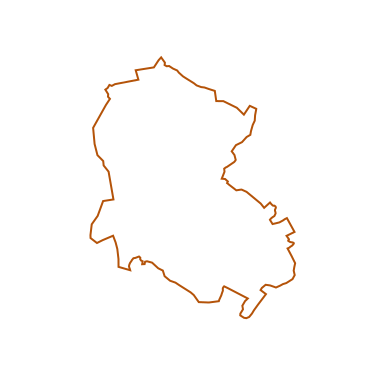 Bagwai, Kano, Nigeria (Mercator projection), rotated 222°
{"feature_id": "59680162B58679994750141", "entity_name": "Bagwai", "entity_type": "district", "adm_level": 2, "iso_a3": "NGA", "parent_name": "Nigeria", "parent_adm1": "Kano", "projection": "mercator", "projection_center": [8.095, 12.101], "detail": "fine", "context": "isolated", "style": "outline", "palette": "amber", "viewbox_px": 384, "rotation_deg": 222, "n_neighbors": 0, "source": "geoboundaries", "source_scale": "gbopen_adm2", "svg_char_len": 2569}
<svg xmlns="http://www.w3.org/2000/svg" viewBox="0 0 384 384"><g transform="rotate(222 192 192)"><path d="M206.7,294.5L205.2,284.2L215.0,284.6L229.5,280.5L234.8,275.8L242.7,282.4L248.4,279.8L252.7,278.0L255.4,276.1L259.9,274.3L263.3,274.1L273.0,272.4L276.1,271.9L281.7,271.9L284.3,272.4L288.7,271.0L293.3,270.3L295.0,268.5L297.3,268.0L298.7,270.0L305.0,271.4L305.0,267.6L303.7,259.1L315.3,244.8L307.0,239.6L321.4,220.6L322.6,217.2L325.0,216.3L324.3,212.8L324.9,210.1L319.7,208.6L318.2,206.6L315.3,206.3L314.2,199.1L308.4,173.5L296.5,162.5L286.9,156.1L278.7,155.6L275.4,152.6L267.6,151.3L245.4,133.9L252.0,125.8L246.1,111.1L244.9,100.9L238.6,92.0L236.6,89.9L228.5,90.5L226.2,96.4L222.8,103.7L221.4,106.7L215.0,103.4L209.4,99.7L201.8,93.0L196.5,87.2L185.6,92.5L186.7,93.2L187.9,93.8L189.2,94.7L190.0,96.2L190.6,98.0L190.8,99.9L191.1,101.3L191.2,103.6L190.0,105.1L188.2,108.6L186.5,108.6L185.5,107.4L184.0,107.0L182.3,107.5L180.7,105.0L179.0,106.7L180.2,108.8L179.1,110.4L174.4,112.8L166.1,112.7L161.1,114.1L156.0,111.1L148.9,111.4L143.6,113.6L139.3,114.2L125.8,116.5L121.7,116.6L113.3,114.7L105.5,121.2L99.0,128.8L99.7,130.3L100.2,132.0L100.6,133.2L101.0,134.6L101.6,135.9L102.3,137.5L103.0,139.3L103.9,140.2L104.7,141.1L105.0,142.2L105.0,143.4L100.8,144.6L79.3,150.2L79.4,148.4L79.6,146.5L78.5,141.3L78.5,141.2L75.6,138.9L74.7,134.0L73.6,132.6L69.2,133.3L67.2,134.6L65.9,137.4L66.1,141.8L66.8,145.4L67.0,147.1L67.6,152.7L68.7,165.6L75.4,165.0L75.9,167.4L75.2,172.3L71.5,174.8L67.2,176.6L65.7,177.2L63.8,181.5L62.8,184.4L61.0,187.4L59.0,194.5L60.1,199.0L63.8,201.6L65.7,204.6L67.7,208.1L75.0,211.0L83.2,214.0L82.4,215.9L82.3,217.2L81.8,218.7L81.7,220.0L81.8,221.6L82.0,222.0L82.5,222.2L83.3,221.9L83.9,221.6L84.9,220.9L86.0,220.4L86.7,220.3L87.4,220.1L87.8,220.1L88.1,220.4L88.1,220.9L88.2,221.6L88.5,221.8L88.9,221.9L92.4,222.7L89.1,230.9L104.0,236.1L104.9,233.8L105.3,231.9L106.7,227.9L109.0,224.5L110.7,222.1L115.5,223.5L115.6,225.0L115.3,227.1L114.7,229.2L115.2,231.0L115.6,232.1L116.6,232.9L117.8,233.6L118.5,234.4L118.9,235.8L119.4,236.7L120.3,237.1L121.6,237.0L122.5,236.1L123.6,236.0L125.2,236.1L127.0,236.4L127.8,228.5L133.2,229.4L151.6,228.6L156.7,227.0L157.4,226.3L160.2,222.9L169.6,222.2L171.2,222.2L171.9,222.1L172.4,223.8L176.1,223.8L178.8,221.8L181.4,228.8L183.7,230.9L183.3,232.9L182.8,234.0L180.7,242.6L180.8,244.3L181.0,245.1L185.2,247.9L189.7,248.8L190.7,256.2L188.2,262.5L188.2,269.4L186.9,273.5L188.9,276.7L191.7,282.4L193.1,287.0L196.5,291.3L199.6,296.4L199.9,296.8L206.7,294.7L206.7,294.5Z" fill="none" stroke="#b45309" stroke-width="2"/></g></svg>